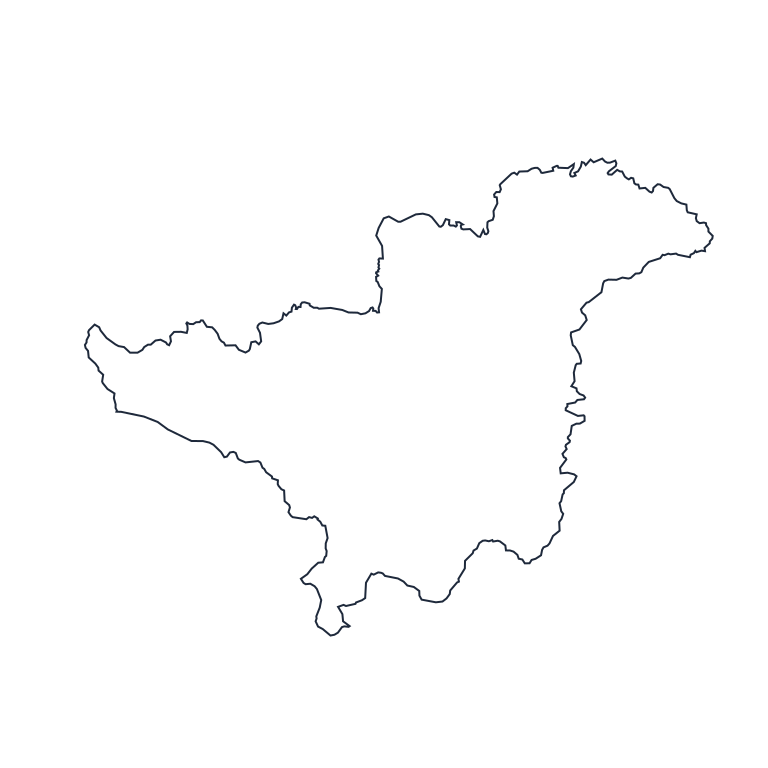 outline of Maubisse, Ainaro, East Timor, rotated 9°
{"feature_id": "22284137B40449592168850", "entity_name": "Maubisse", "entity_type": "district", "adm_level": 2, "iso_a3": "TLS", "parent_name": "East Timor", "parent_adm1": "Ainaro", "projection": "albers", "projection_center": [125.632, -8.847], "detail": "fine", "context": "isolated", "style": "outline", "palette": "slate", "viewbox_px": 768, "rotation_deg": 9, "n_neighbors": 0, "source": "geoboundaries", "source_scale": "gbopen_adm2", "svg_char_len": 6149}
<svg xmlns="http://www.w3.org/2000/svg" viewBox="0 0 768 768"><g transform="rotate(9 384 384)"><path d="M83.4,387.1L83.7,389.5L82.5,392.2L83.6,395.0L86.5,397.6L88.2,404.0L95.7,409.0L99.2,412.5L100.0,415.4L105.2,418.8L105.2,425.6L106.1,427.1L111.7,432.2L119.3,435.5L119.4,440.2L122.1,446.1L122.6,449.6L124.3,452.0L124.1,453.2L128.8,452.6L151.9,453.7L166.4,456.9L177.6,462.7L202.7,470.4L214.2,468.7L220.7,469.2L225.1,470.7L233.8,476.8L237.7,481.3L240.2,480.3L242.6,475.7L245.9,474.6L248.4,475.3L251.3,480.4L252.9,481.4L259.5,483.1L271.7,479.8L274.2,480.9L277.1,485.7L279.0,486.6L281.4,489.6L287.8,492.9L288.3,494.7L294.3,495.7L294.7,499.5L295.8,501.1L299.1,504.0L302.0,504.8L304.2,515.3L309.3,518.4L310.4,520.7L309.7,525.5L312.6,528.6L314.6,529.8L328.5,529.7L330.8,527.2L333.9,527.5L335.8,525.6L339.7,527.2L339.5,528.2L342.6,530.0L345.2,533.4L348.2,533.2L352.4,545.0L351.4,550.5L352.1,555.5L353.5,558.0L353.8,562.8L352.7,564.1L351.6,569.7L347.0,570.8L341.5,577.6L338.0,583.9L332.4,589.4L335.7,593.1L337.9,594.0L342.5,592.8L347.1,594.6L349.8,597.0L355.8,607.2L355.5,614.9L353.5,624.1L354.1,626.2L353.6,629.1L356.8,633.9L361.8,635.6L370.5,640.8L374.3,639.4L377.4,636.8L380.5,630.7L382.7,629.6L387.0,629.4L387.9,628.5L380.7,624.8L378.9,617.8L373.5,611.3L378.6,608.5L381.2,609.2L390.2,605.6L390.5,604.2L396.1,601.0L398.9,598.4L397.3,583.1L401.2,573.3L403.7,573.9L407.7,571.0L410.5,570.9L412.4,571.3L415.0,573.4L428.2,573.9L434.3,576.1L438.6,579.4L445.2,579.8L451.2,582.9L452.1,587.5L454.9,591.1L469.4,591.5L475.8,589.7L479.3,586.0L481.8,581.2L481.7,577.6L487.2,568.6L488.9,567.5L488.0,564.8L492.7,553.5L491.7,546.0L498.1,537.3L498.5,534.5L501.5,532.0L503.0,526.3L506.0,523.4L508.4,522.7L512.2,522.9L515.4,521.2L516.4,522.5L520.9,521.0L523.1,521.3L529.1,524.5L530.5,529.3L534.4,528.7L538.2,529.3L542.5,531.9L544.4,535.5L548.1,535.7L551.1,539.1L555.8,538.3L557.3,534.7L561.1,532.9L565.9,528.6L566.1,523.1L567.1,520.4L570.8,518.1L572.4,515.6L574.7,507.6L580.4,501.4L578.6,492.8L580.4,489.5L581.3,484.2L579.0,482.0L576.0,474.3L577.3,472.0L577.7,465.1L578.7,463.8L578.4,460.8L586.8,451.1L588.6,445.0L585.9,443.5L579.2,442.9L572.5,444.6L571.0,439.3L575.9,430.0L575.0,428.7L573.1,428.2L571.2,425.1L574.6,419.7L573.0,417.3L573.2,415.6L576.4,412.4L576.5,410.9L574.1,409.0L573.9,407.7L576.1,404.5L576.0,396.0L580.2,393.1L583.6,392.5L587.9,389.0L587.1,384.5L586.1,383.7L580.5,385.2L567.6,381.5L567.3,379.5L568.7,377.4L568.2,375.1L575.7,372.4L577.5,369.5L583.9,367.8L584.8,366.0L582.9,364.1L578.8,363.3L575.6,361.0L574.8,358.2L569.4,356.9L571.8,351.4L569.7,343.1L570.4,335.4L571.2,333.9L575.0,333.0L575.2,330.4L572.2,323.9L566.8,317.5L564.4,316.1L560.8,306.7L560.7,303.8L568.5,299.6L574.2,289.1L572.0,284.7L568.4,282.5L566.8,279.4L571.3,272.0L573.4,271.1L584.4,259.3L584.7,250.3L585.5,247.9L589.3,245.8L597.4,244.7L602.8,241.6L608.9,241.6L611.2,240.6L615.2,235.6L618.8,234.8L620.7,233.3L621.9,228.5L626.4,222.0L637.1,216.6L639.0,212.8L640.9,212.9L644.4,210.8L646.7,211.1L652.1,209.5L654.1,210.4L666.3,210.9L666.6,208.3L669.6,206.3L670.7,203.8L672.0,204.9L676.7,202.6L680.3,202.6L679.3,199.4L683.7,194.1L683.5,192.1L685.5,189.0L685.5,186.3L680.6,182.7L680.1,179.8L677.3,176.7L676.9,174.8L674.7,174.5L670.5,175.8L667.4,174.2L666.1,171.4L666.3,167.5L657.1,166.9L655.9,165.0L654.6,159.5L649.4,159.1L644.5,157.5L641.7,155.0L635.7,146.8L634.0,145.8L629.3,145.7L625.5,143.8L623.0,143.9L619.4,148.1L619.5,151.3L618.4,153.0L616.1,152.5L611.4,149.4L605.8,150.9L604.0,147.3L601.6,147.5L599.9,146.6L598.0,141.9L595.8,141.7L593.8,143.6L591.9,142.9L589.4,141.5L586.0,136.9L583.7,137.1L580.8,136.0L576.2,141.6L572.9,141.9L571.9,140.7L572.8,138.8L578.8,132.5L579.0,129.7L577.5,127.2L572.6,130.0L570.0,130.5L567.5,129.7L564.3,127.2L556.4,132.2L552.9,130.0L549.0,136.3L547.0,134.2L544.7,133.8L544.4,138.5L542.4,143.6L539.0,145.8L540.7,148.1L538.0,149.6L536.1,149.6L534.9,147.8L535.3,144.5L537.2,140.7L537.1,137.1L531.9,142.0L522.4,143.1L521.4,141.4L520.5,141.5L516.7,144.0L517.8,146.9L507.7,150.7L506.3,150.7L504.4,148.1L501.8,146.5L499.0,147.0L496.1,148.3L492.6,151.4L484.4,153.0L482.6,156.4L479.6,154.9L477.1,156.3L467.6,168.5L467.2,169.5L469.0,173.4L468.2,176.4L464.9,176.8L463.1,179.6L463.9,182.0L466.2,182.0L467.7,187.9L465.1,196.1L466.3,201.1L465.7,204.8L461.9,206.8L460.9,208.1L461.5,213.4L463.2,216.8L462.9,218.7L461.7,220.1L460.3,220.1L458.0,216.3L455.9,223.6L453.6,223.5L444.8,217.5L438.1,218.9L436.2,218.5L435.1,216.0L435.4,214.7L436.8,214.1L433.1,212.4L430.0,212.9L431.2,216.0L430.3,217.3L428.1,216.6L424.6,217.1L423.2,216.1L422.9,211.9L419.2,211.5L417.3,217.9L415.5,219.8L414.0,219.8L405.2,211.8L401.9,210.2L395.7,209.7L388.9,211.5L375.0,221.1L372.6,221.5L362.6,217.8L357.8,220.4L354.3,230.7L353.1,238.6L360.5,247.9L363.3,260.3L359.8,260.7L359.1,262.0L360.0,264.2L359.5,266.3L360.5,267.3L360.3,269.8L361.3,270.8L360.2,272.8L360.8,273.8L358.8,274.9L358.8,275.8L361.3,277.9L359.4,279.4L360.3,283.5L361.8,284.2L364.2,288.2L367.0,290.4L367.9,303.3L366.8,309.9L367.9,314.0L366.0,314.5L364.3,313.1L361.7,313.4L361.6,311.1L360.7,310.2L359.0,311.1L357.8,314.3L354.6,317.1L350.2,318.7L346.7,317.7L337.8,318.9L331.2,317.4L319.4,317.2L308.0,319.8L306.1,319.1L302.7,319.7L298.4,318.0L297.9,316.4L292.8,315.7L290.4,316.3L289.3,318.3L289.5,321.0L287.4,321.2L286.3,323.6L285.2,323.7L285.4,322.5L284.0,320.1L282.7,319.7L281.1,323.0L281.3,327.0L279.0,328.1L276.8,331.7L273.7,329.9L273.3,335.8L270.5,338.6L265.4,341.3L260.3,342.8L254.2,342.3L251.5,344.0L250.2,346.1L250.1,348.1L253.5,352.8L256.0,361.1L254.2,364.4L250.5,362.0L246.4,363.5L246.0,370.5L245.3,372.2L242.3,374.6L235.3,372.9L231.3,369.0L221.4,370.8L219.4,368.2L216.9,367.3L214.4,365.1L211.8,360.4L208.4,357.1L205.4,354.9L200.1,355.2L195.1,349.6L193.3,349.8L192.3,351.7L188.7,352.4L186.2,354.7L182.4,355.1L179.9,354.0L179.3,355.1L180.7,357.1L181.5,360.7L181.2,364.4L175.4,364.2L168.5,365.4L165.3,370.3L166.9,375.2L165.7,379.3L163.6,378.7L162.2,377.1L156.4,375.2L151.5,376.8L147.5,381.6L144.7,382.1L141.4,385.0L140.0,388.1L135.7,391.6L128.3,392.8L121.5,388.2L115.9,388.1L112.5,386.9L102.8,382.0L95.7,375.5L93.8,372.5L88.9,370.6L84.2,377.0L83.7,378.9L85.1,382.0L83.4,387.1Z" fill="none" stroke="#1e293b" stroke-width="2"/></g></svg>